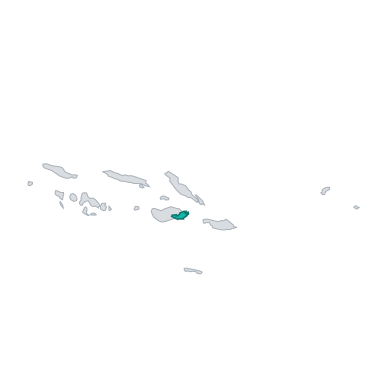 East Guadalcanal, Guadalcanal, Solomon Islands shown in context, rotated 339°
{"feature_id": "97153195B16319119687534", "entity_name": "East Guadalcanal", "entity_type": "district", "adm_level": 2, "iso_a3": "SLB", "parent_name": "Solomon Islands", "parent_adm1": "Guadalcanal", "projection": "robinson", "projection_center": [160.747, -9.822], "detail": "fine", "context": "in_parent", "style": "filled", "palette": "teal", "viewbox_px": 384, "rotation_deg": 339, "n_neighbors": 0, "source": "geoboundaries", "source_scale": "gbopen_adm2", "svg_char_len": 6597}
<svg xmlns="http://www.w3.org/2000/svg" viewBox="0 0 384 384"><g transform="rotate(339 192 192)"><path d="M150.7,193.6L156.6,198.5L159.1,198.0L166.9,198.1L171.5,201.6L174.1,203.2L175.6,206.3L177.5,207.0L178.7,208.6L179.3,211.5L176.5,213.1L174.8,213.5L170.3,212.5L166.0,210.3L157.5,210.0L153.5,209.4L152.1,208.5L150.9,207.4L148.9,204.7L147.3,201.5L147.0,199.6L146.9,196.1L147.4,194.8L149.0,193.5L150.7,193.6ZM177.5,164.4L184.1,173.5L183.8,175.1L182.9,176.1L182.7,179.2L183.5,180.3L185.3,180.9L188.4,184.1L189.8,189.3L191.0,191.1L191.1,194.9L194.0,200.2L194.3,202.7L194.0,203.9L192.8,203.2L189.3,197.2L185.3,194.7L184.8,193.5L180.8,190.1L178.1,184.2L175.1,173.7L176.5,171.3L173.2,166.2L173.4,164.9L175.7,165.1L176.2,164.5L177.5,164.4ZM153.3,169.0L154.2,171.8L150.6,169.3L147.9,166.2L140.1,162.8L138.4,161.1L137.0,160.8L133.0,158.0L129.1,156.1L126.1,152.6L124.6,152.0L122.2,149.3L119.8,147.5L118.9,144.3L116.6,142.0L116.0,141.0L123.5,142.8L126.9,146.4L129.9,148.5L130.9,149.9L133.5,151.9L135.9,152.1L138.3,154.1L140.4,154.7L142.2,155.7L153.2,164.8L151.9,167.2L153.3,169.0ZM203.3,227.5L206.6,229.3L208.6,229.0L211.5,230.2L213.7,229.5L215.1,231.1L218.6,237.3L218.6,239.3L220.9,240.8L218.9,241.0L216.3,240.3L214.2,240.8L212.0,239.6L208.4,239.0L205.2,237.5L198.5,232.9L198.6,230.7L197.5,229.5L197.2,226.7L194.8,225.8L192.0,225.6L191.8,224.3L192.3,221.9L194.4,222.0L196.9,223.0L203.3,227.5ZM90.0,134.5L90.9,135.6L88.8,137.4L86.1,136.4L85.4,134.8L83.5,135.2L79.7,134.3L74.4,129.9L68.8,121.7L63.4,117.2L62.4,115.8L62.3,113.4L63.0,112.5L66.3,113.5L70.7,117.3L77.8,121.2L79.7,123.1L80.9,127.9L82.2,129.3L86.0,133.0L90.0,134.5ZM97.5,162.2L99.2,164.7L101.1,170.3L100.8,172.2L99.4,172.3L99.0,173.5L97.1,170.8L94.6,170.1L92.8,168.4L92.0,163.1L90.5,162.7L86.5,163.2L85.1,165.0L83.3,164.4L82.9,162.9L83.2,161.3L85.6,159.8L86.2,157.8L88.6,154.4L90.2,153.8L93.1,155.0L93.4,159.9L94.5,161.5L97.5,162.2ZM172.8,270.4L171.0,271.5L169.3,270.9L168.0,270.1L166.9,267.8L164.7,266.3L161.4,265.7L159.8,264.2L157.5,263.8L156.9,262.5L157.1,261.2L157.4,260.5L159.5,261.1L169.4,267.3L172.8,270.4ZM68.7,152.5L68.1,152.9L67.2,151.3L66.6,150.8L66.6,149.0L63.9,146.0L63.7,143.9L65.2,141.9L67.3,143.1L69.4,145.6L71.9,146.4L71.4,148.1L69.2,151.1L68.7,152.5ZM82.2,157.4L81.0,158.6L78.1,158.4L75.9,155.3L75.9,153.0L77.7,150.8L79.8,150.5L80.9,151.3L82.0,153.1L82.4,155.3L82.2,157.4ZM106.7,175.7L104.1,178.1L102.2,177.3L100.6,175.2L101.4,172.1L103.0,171.4L103.8,170.3L106.7,171.2L107.4,171.8L105.7,173.3L106.6,174.5L106.7,175.7ZM321.4,238.8L317.0,239.4L315.2,241.6L313.0,241.4L312.2,239.6L312.2,238.7L313.4,238.9L314.1,237.1L315.4,236.2L318.5,235.8L322.1,236.8L321.3,238.4L321.4,238.8ZM198.8,204.3L199.0,208.7L197.0,206.3L196.0,207.2L195.1,206.0L195.3,200.9L193.9,196.0L195.1,196.5L198.8,204.3ZM87.5,176.6L87.5,177.0L86.0,176.2L82.7,172.1L83.3,170.7L86.3,168.0L87.2,167.7L88.1,169.3L87.3,171.8L86.4,172.4L86.0,174.7L87.5,176.6ZM161.9,185.2L164.2,185.5L168.3,189.6L167.3,190.8L165.4,190.2L164.8,190.4L164.2,189.0L162.1,187.8L160.2,187.7L160.0,186.3L161.9,185.2ZM135.7,189.0L132.5,188.6L131.6,187.6L132.7,186.1L134.1,185.1L135.3,186.0L136.7,186.2L136.9,188.1L135.7,189.0ZM45.9,127.4L43.2,128.1L41.5,127.1L42.2,124.8L43.2,123.6L46.5,125.8L45.9,127.4ZM149.0,170.3L147.8,170.7L145.9,169.6L145.0,168.6L145.4,167.0L146.5,166.4L147.8,167.5L147.9,168.6L149.0,170.3ZM342.5,266.4L340.1,266.9L339.2,266.7L337.6,264.1L338.8,263.5L340.5,263.7L341.0,265.3L342.5,266.4ZM94.4,178.0L94.3,179.0L92.8,178.7L89.3,177.1L89.2,176.3L91.2,176.1L92.6,176.3L94.4,178.0ZM66.6,157.8L66.1,160.8L64.7,157.1L65.0,154.0L65.5,153.6L66.6,157.8ZM110.6,179.1L108.6,180.0L108.0,178.8L109.5,175.5L110.6,179.1Z" fill="#d9dde1" stroke="#a8b0b8" stroke-width="1"/><path d="M166.1,210.0L166.3,210.1L166.5,210.1L166.8,210.2L166.8,210.3L167.1,210.5L167.3,210.7L167.4,210.9L167.4,211.0L167.6,211.1L167.9,211.3L168.2,211.6L168.6,212.1L168.8,212.5L169.1,212.4L169.4,212.3L169.6,212.3L169.9,212.3L170.1,212.3L170.3,212.3L170.5,212.4L170.6,212.5L170.8,212.5L171.1,212.6L171.3,212.6L171.4,212.8L171.5,212.9L171.8,212.9L171.9,213.0L172.1,213.1L172.2,213.3L172.6,213.2L172.8,213.2L172.9,213.3L173.0,213.3L173.3,213.5L173.5,213.7L173.7,213.8L173.8,213.9L173.9,214.0L174.1,214.0L174.3,214.1L174.3,213.9L174.4,213.6L175.0,213.2L175.8,212.9L176.0,212.8L176.3,212.9L176.6,212.8L177.0,212.7L177.1,212.8L177.3,212.8L177.4,212.7L177.5,212.6L177.7,212.4L177.8,212.4L177.8,212.5L178.1,212.4L178.3,212.4L178.5,212.1L178.8,212.1L178.9,211.9L179.0,212.0L179.2,211.9L179.3,211.8L179.4,211.7L179.5,211.7L179.6,211.4L179.7,211.2L179.5,210.9L179.4,210.8L179.2,210.8L179.1,210.7L179.0,210.4L178.9,210.4L179.0,210.4L178.9,210.3L178.9,210.1L178.9,209.9L178.8,209.7L178.7,209.5L178.7,209.4L178.6,209.2L178.7,209.3L178.9,209.3L178.9,209.2L179.1,208.8L179.1,208.6L178.9,208.5L178.9,208.8L178.8,208.7L178.7,208.7L178.7,208.4L178.7,208.5L178.6,208.4L178.4,208.2L178.4,208.3L178.3,208.2L178.2,208.3L178.2,208.2L178.1,207.9L178.0,207.7L177.9,207.7L178.0,207.7L177.9,207.6L177.7,207.7L177.5,207.4L177.3,207.4L177.2,207.4L176.2,207.2L174.8,207.3L173.4,207.1L172.9,208.0L172.4,208.0L172.0,208.3L170.8,209.1L170.0,209.2L169.8,208.9L169.7,208.8L169.3,208.7L169.0,208.7L168.9,208.7L169.1,208.4L169.3,208.2L169.3,207.9L169.4,207.6L167.0,207.0L165.4,206.7L165.2,206.5L164.2,207.5L165.9,209.2L166.0,209.7L166.1,209.9L166.1,210.0ZM181.0,210.1L180.9,210.0L180.8,209.9L180.6,209.5L180.5,209.4L180.4,209.4L180.2,209.4L180.2,209.5L180.4,209.8L180.5,210.0L180.6,210.3L180.6,210.5L180.5,210.4L180.4,210.3L180.3,210.5L180.2,210.5L180.3,210.7L180.6,210.7L180.8,210.7L180.8,210.3L181.0,210.1ZM179.7,209.1L179.4,209.2L179.3,209.3L179.2,209.3L179.1,209.5L179.0,209.8L179.1,210.0L179.2,209.9L179.3,209.9L179.4,209.7L179.5,209.7L179.5,209.4L179.6,209.5L179.7,209.4L179.7,209.2L179.7,209.3L179.7,209.2L179.7,209.1ZM179.4,210.6L179.4,210.4L179.4,210.2L179.2,210.0L178.9,209.9L178.9,210.0L179.0,210.0L178.9,210.0L179.0,210.1L179.0,210.3L179.1,210.5L179.3,210.7L179.4,210.6ZM180.1,210.8L180.0,210.7L179.9,210.6L179.7,210.5L179.8,210.8L180.1,210.8L180.1,210.8ZM178.6,208.0L178.5,207.9L178.5,208.0L178.4,207.9L178.2,207.8L178.2,207.7L178.2,207.8L178.3,207.9L178.4,208.0L178.5,208.0L178.6,208.0ZM179.9,210.2L179.7,210.2L179.8,210.2L179.9,210.2ZM180.2,210.5L180.2,210.4L180.1,210.5L180.2,210.5ZM179.1,207.8L178.9,207.8L179.0,207.9L179.1,207.8ZM179.8,209.9L179.7,209.9L179.7,210.0L179.8,209.9ZM178.7,207.7L178.7,207.8L178.7,207.7ZM180.3,210.8L180.2,210.8L180.3,210.9L180.3,210.8ZM181.1,210.0L181.1,209.9L181.0,210.0L181.1,210.0ZM178.3,208.0L178.2,208.0L178.2,207.9L178.2,208.0L178.3,208.0Z" fill="#14b8a6" stroke="#0f766e" stroke-width="1.5"/></g></svg>